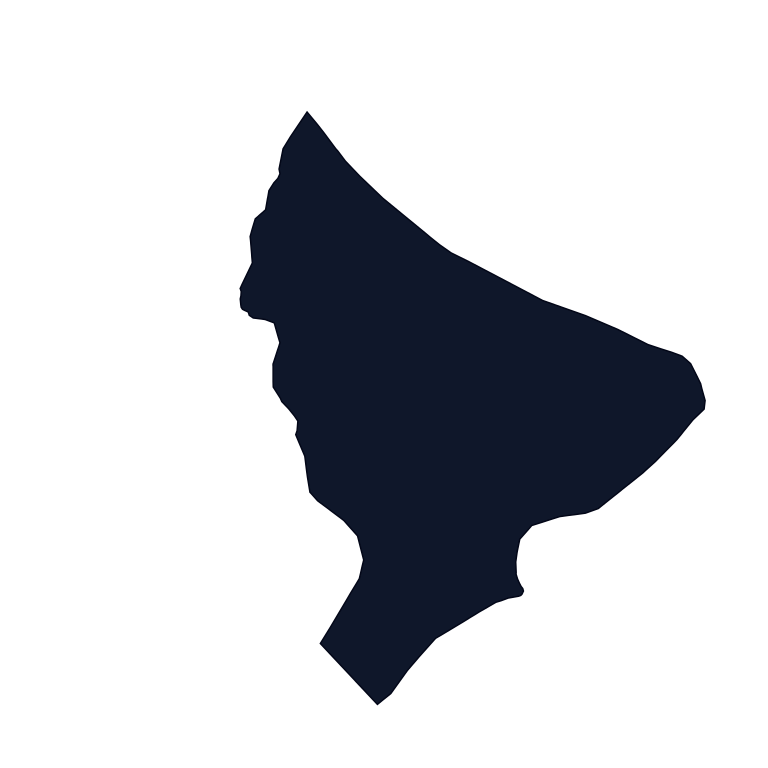 Az Zuhrah, Al Hudaydah, Yemen, rotated 45°
{"feature_id": "15242507B61035382056720", "entity_name": "Az Zuhrah", "entity_type": "district", "adm_level": 2, "iso_a3": "YEM", "parent_name": "Yemen", "parent_adm1": "Al Hudaydah", "projection": "orthographic", "projection_center": [43.096, 15.722], "detail": "fine", "context": "isolated", "style": "filled", "palette": "ink", "viewbox_px": 768, "rotation_deg": 45, "n_neighbors": 0, "source": "geoboundaries", "source_scale": "gbopen_adm2", "svg_char_len": 2882}
<svg xmlns="http://www.w3.org/2000/svg" viewBox="0 0 768 768"><g transform="rotate(45 384 384)"><path d="M137.3,246.1L143.0,275.2L143.9,278.9L144.9,283.1L146.3,289.0L157.8,306.2L161.8,308.9L163.6,313.7L163.9,319.6L165.9,328.6L170.1,334.5L170.3,334.9L176.8,344.1L177.1,344.5L176.5,353.4L176.5,354.5L176.2,357.9L176.2,358.2L181.3,367.7L185.1,374.4L186.6,375.6L187.8,376.6L188.2,376.9L198.8,385.9L200.4,387.3L200.5,387.4L205.1,391.3L205.3,391.4L207.6,398.0L213.1,413.7L214.8,418.2L215.3,418.4L217.7,419.6L220.5,422.8L222.2,425.5L226.7,429.2L228.7,430.7L231.1,431.2L233.1,430.6L237.0,429.1L238.1,429.6L240.2,430.7L240.6,430.6L242.0,430.3L244.8,429.8L251.3,424.7L254.4,422.4L261.6,419.1L262.9,418.5L263.5,418.6L264.5,419.1L265.9,419.9L275.9,425.5L281.3,428.4L282.0,429.8L283.3,432.2L284.5,434.7L284.8,435.3L288.1,441.7L288.5,442.5L291.0,447.4L291.4,448.3L291.7,448.6L292.7,449.6L293.1,449.9L300.0,456.8L303.9,460.7L307.9,464.5L319.6,467.1L320.6,467.3L324.2,468.7L334.0,468.9L343.2,469.9L349.3,471.1L355.6,478.5L357.4,482.2L359.3,483.0L364.9,485.3L373.8,488.9L379.0,491.0L380.7,492.3L390.7,500.1L395.4,503.7L395.8,504.0L408.2,512.9L408.6,512.9L409.5,512.9L419.6,513.5L422.5,513.1L433.2,511.5L435.7,511.2L436.4,511.1L444.1,510.0L445.6,509.8L446.7,509.6L452.1,508.9L454.1,509.0L456.9,509.2L472.7,510.1L494.1,522.8L497.5,528.4L501.5,534.7L504.2,539.1L505.7,545.0L508.3,555.7L510.1,562.5L515.4,583.3L518.1,593.9L522.5,612.5L537.0,613.0L572.6,614.1L574.2,614.2L605.9,615.2L606.5,609.0L607.7,598.1L606.0,587.8L605.1,582.3L603.8,574.4L603.1,570.0L602.6,563.8L601.9,554.5L601.7,552.2L600.4,529.6L600.3,527.3L604.2,512.0L606.8,501.5L607.8,497.5L608.2,495.9L610.0,488.1L611.4,482.5L612.4,478.1L615.0,468.5L617.4,459.3L620.0,454.5L623.2,447.5L625.1,444.8L628.6,439.8L629.3,438.8L630.2,436.8L630.2,435.1L629.0,431.8L626.7,430.5L624.1,430.2L620.6,429.1L616.4,427.5L611.7,425.0L610.9,424.0L603.0,416.7L597.1,408.9L594.5,405.0L589.7,397.7L589.3,391.1L588.9,384.5L588.5,379.6L593.5,370.0L598.3,360.6L599.6,358.1L602.0,353.5L607.6,346.1L611.3,341.4L612.2,340.2L617.3,333.5L617.8,332.8L623.6,320.5L624.0,316.4L625.0,307.4L625.6,302.0L625.7,301.3L625.8,300.3L626.2,297.1L626.8,291.4L626.8,290.9L628.9,272.7L629.1,270.6L629.6,266.4L629.9,263.6L630.0,260.4L630.7,246.7L630.7,246.2L630.7,245.9L630.6,240.4L630.5,228.0L630.5,221.2L630.4,216.5L630.4,216.2L629.7,209.1L629.3,205.9L628.0,193.1L627.8,191.1L627.8,189.8L628.0,181.7L628.1,175.4L622.7,168.6L611.9,162.5L607.7,159.9L601.5,157.8L601.3,157.7L586.4,152.8L575.2,153.5L564.9,158.2L555.1,163.3L542.7,169.5L510.5,180.2L509.8,180.5L478.1,193.2L437.1,212.8L409.3,221.4L357.5,237.5L344.5,241.9L343.0,242.4L338.9,243.8L336.7,244.2L324.6,246.3L312.6,247.6L306.7,248.1L277.2,251.0L276.2,251.1L251.7,253.5L219.7,254.2L199.1,253.7L186.4,251.9L183.9,251.8L182.4,251.6L164.1,248.9L153.5,247.6L137.3,246.1Z" fill="#0f172a" stroke="#020617" stroke-width="1.5"/></g></svg>